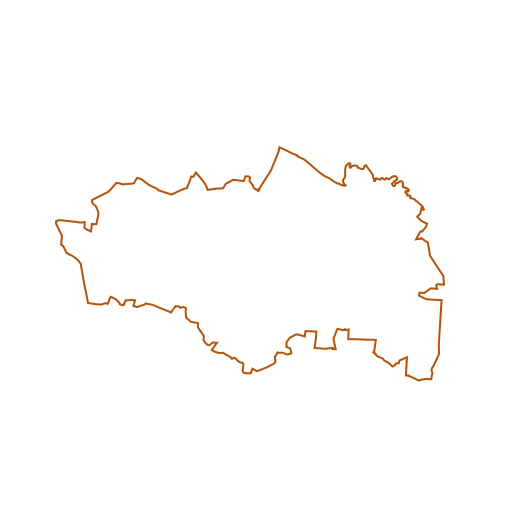 Lutriņu pag., Saldus, Latvia, rotated 195°
{"feature_id": "27541924B57809969281457", "entity_name": "Lutriņu pag.", "entity_type": "district", "adm_level": 2, "iso_a3": "LVA", "parent_name": "Latvia", "parent_adm1": "Saldus", "projection": "mercator", "projection_center": [22.327, 56.738], "detail": "fine", "context": "isolated", "style": "outline", "palette": "amber", "viewbox_px": 512, "rotation_deg": 195, "n_neighbors": 0, "source": "geoboundaries", "source_scale": "gbopen_adm2", "svg_char_len": 6070}
<svg xmlns="http://www.w3.org/2000/svg" viewBox="0 0 512 512"><g transform="rotate(195 256 256)"><path d="M80.3,179.4L77.3,180.0L77.3,179.7L72.0,178.9L66.4,177.8L63.0,180.1L62.1,180.3L59.7,181.4L59.2,181.6L56.8,181.8L54.8,182.4L55.3,185.8L55.2,186.2L55.2,187.3L55.2,188.5L55.4,189.0L56.5,190.1L57.1,191.9L57.0,192.6L56.9,193.1L56.9,194.0L56.4,194.8L56.0,196.2L54.8,203.1L53.9,208.7L56.5,217.8L62.0,244.8L64.1,255.2L64.1,255.3L65.3,261.4L78.2,258.7L80.3,258.4L82.4,258.7L88.2,259.9L88.6,262.9L83.7,263.9L78.8,270.0L72.5,271.2L73.9,273.2L74.2,274.8L73.8,275.5L73.6,275.6L67.0,277.0L69.3,283.4L69.7,285.0L88.0,301.3L93.3,313.3L101.0,316.0L101.1,315.6L101.4,315.3L104.0,314.3L105.7,313.5L103.6,322.1L102.0,322.5L99.6,327.6L99.3,328.5L99.3,330.7L99.5,331.2L99.3,331.6L105.6,332.7L110.5,335.8L108.3,339.1L108.5,345.1L106.5,343.8L105.8,344.3L107.9,346.9L108.8,347.5L111.9,348.9L114.1,350.1L118.5,352.0L122.2,352.0L122.6,354.1L125.6,353.6L125.9,354.9L125.9,355.4L126.2,355.3L126.9,355.4L127.7,355.8L128.3,356.3L128.2,357.0L127.9,357.5L127.6,357.7L126.6,357.8L125.6,358.2L125.3,358.9L125.3,359.1L125.4,359.4L126.6,360.0L128.0,360.3L129.7,360.4L131.8,360.7L132.3,361.0L132.4,361.3L132.4,362.8L133.3,365.0L134.1,365.7L134.5,365.9L134.8,365.9L136.2,365.5L137.8,363.6L138.7,362.9L139.2,362.9L139.2,362.7L139.8,362.6L140.1,362.4L140.3,362.1L139.9,361.2L140.0,360.6L140.2,359.7L141.0,359.2L141.5,359.2L142.0,359.5L143.1,360.5L143.3,360.8L143.4,361.2L141.7,364.1L140.4,365.5L139.6,366.2L139.4,366.6L139.8,367.6L141.4,369.0L141.8,369.2L142.5,369.1L143.6,368.7L144.9,367.8L145.8,366.7L147.1,364.8L147.8,364.4L148.4,364.5L150.0,365.1L150.3,365.0L150.5,364.8L151.0,363.8L151.1,363.4L151.4,363.1L151.9,363.0L152.7,363.2L153.6,363.9L154.3,364.0L154.9,363.7L155.3,363.4L155.4,363.0L155.4,362.7L155.6,362.1L156.0,361.9L156.6,361.8L157.6,362.0L159.0,362.0L159.7,362.3L160.0,362.3L160.4,362.0L160.5,361.6L160.5,360.8L160.2,359.6L160.3,359.3L160.6,359.1L161.1,359.0L161.4,359.2L162.0,360.9L163.1,362.1L163.4,362.5L163.7,363.6L164.1,364.7L167.8,367.7L170.0,369.3L171.2,370.4L172.4,371.0L172.6,371.8L172.9,372.0L173.6,372.1L174.3,371.5L174.6,370.5L174.6,369.6L174.6,368.9L174.8,368.1L175.1,367.7L175.6,367.5L176.7,367.4L180.6,367.7L180.9,368.5L181.6,369.2L182.6,369.2L184.5,368.8L185.9,368.3L186.7,367.4L187.1,366.3L187.5,365.6L188.0,365.6L188.5,365.9L188.8,366.4L188.9,367.5L188.7,368.1L188.6,369.2L188.6,369.6L189.4,369.8L190.5,369.6L191.6,367.7L192.3,366.6L192.5,366.1L192.3,362.8L191.1,358.1L190.7,356.9L190.4,355.5L190.5,354.8L191.6,351.9L191.2,350.6L190.6,349.2L187.7,347.5L188.2,346.9L190.6,346.7L192.3,346.5L193.0,346.9L195.1,347.5L196.0,347.0L200.8,348.4L201.9,348.9L203.1,349.2L205.5,350.1L210.3,350.9L216.3,353.1L233.1,361.2L234.8,361.8L240.7,362.9L242.5,363.5L242.4,363.9L247.2,364.4L255.9,366.1L261.4,367.0L261.5,364.5L261.1,364.0L262.0,355.5L263.7,342.7L264.3,340.3L268.0,329.1L269.1,325.6L269.9,322.7L270.4,319.3L270.9,319.4L270.4,321.6L272.2,320.1L272.6,320.1L275.7,321.1L277.4,323.5L281.5,326.5L282.1,328.8L281.9,329.6L282.1,330.3L283.5,331.0L286.8,330.2L287.2,325.2L297.8,323.7L301.1,320.5L303.6,318.2L303.8,318.0L305.3,313.0L308.6,311.7L311.2,311.1L313.1,310.1L314.6,309.6L319.8,307.3L321.1,309.3L322.8,311.4L324.4,313.0L325.8,314.2L327.6,315.5L335.6,321.0L335.9,320.4L336.9,316.3L338.8,316.2L339.3,315.9L339.3,312.1L340.4,304.1L340.2,303.9L343.7,301.6L347.7,298.5L353.3,293.5L367.5,294.2L368.3,295.1L378.1,297.0L386.6,300.6L391.1,300.6L392.8,294.6L394.9,293.7L403.3,290.7L407.3,290.8L407.7,290.6L409.7,290.6L413.9,282.1L415.3,279.7L428.8,267.7L428.8,266.4L427.1,264.4L423.5,262.5L420.6,258.9L419.7,257.6L419.2,256.2L419.0,255.3L418.7,252.8L418.8,250.9L418.4,245.4L420.9,244.8L422.8,244.6L421.7,237.0L426.8,237.9L427.7,238.3L427.8,238.2L429.1,239.0L430.1,244.3L434.9,242.7L438.0,242.5L455.0,239.8L458.1,237.9L457.7,236.5L457.6,235.6L451.6,228.6L451.4,228.5L448.6,225.3L447.7,219.7L447.2,217.3L447.4,216.7L444.9,215.7L443.2,213.9L439.9,210.1L437.0,209.2L434.1,208.8L430.2,207.5L426.3,205.5L423.3,203.1L415.3,185.8L413.4,182.0L412.1,179.2L411.5,178.5L409.4,173.9L406.0,167.0L404.4,167.3L398.1,168.0L393.2,169.0L388.9,171.6L387.0,171.3L386.6,172.4L386.4,175.5L386.0,178.3L386.0,178.9L380.7,178.1L376.7,176.1L375.0,174.3L375.0,174.2L371.9,173.9L371.1,174.7L371.4,174.8L370.4,179.5L368.3,179.9L366.6,180.6L366.1,181.0L365.2,181.1L364.0,181.6L363.7,181.5L362.5,181.6L362.3,181.9L361.3,181.8L361.4,181.1L361.4,176.0L360.6,175.9L357.8,175.8L350.9,180.4L350.5,181.5L343.3,182.1L334.3,180.8L329.3,180.3L324.8,179.7L323.6,179.3L320.7,186.8L320.3,186.7L319.0,186.9L317.4,187.4L317.0,187.3L316.1,186.4L315.8,186.4L315.0,186.7L313.4,187.9L310.5,187.7L310.2,187.5L310.0,187.2L310.0,186.9L309.6,184.1L307.5,178.4L302.0,175.6L295.1,176.1L294.7,176.0L294.3,175.6L293.8,172.7L293.6,172.0L285.8,165.4L285.6,164.9L285.3,162.6L285.0,161.3L282.1,158.7L279.1,157.5L278.5,157.6L277.7,158.2L275.1,161.4L274.8,161.5L271.9,161.8L271.3,162.0L274.4,153.7L270.8,152.8L265.9,152.8L263.0,154.0L253.2,151.3L253.3,150.8L252.6,150.5L250.4,152.2L244.5,149.2L243.5,149.0L241.8,149.5L241.1,149.1L240.3,148.4L240.0,147.7L239.8,146.7L239.5,143.2L239.4,142.2L238.5,140.8L237.7,139.9L235.6,140.3L235.5,140.1L233.5,140.6L232.9,140.9L230.6,141.3L230.4,146.2L225.4,145.0L222.2,147.1L216.7,151.3L210.9,156.6L209.8,158.9L210.7,161.2L210.8,161.1L211.6,163.6L210.1,168.5L209.2,168.3L207.2,169.0L205.0,169.6L201.1,168.8L199.7,169.2L196.6,171.1L199.1,175.6L203.1,176.1L204.2,180.7L202.4,185.2L201.5,186.6L199.4,188.3L198.2,189.6L197.4,190.2L195.9,190.9L195.9,191.0L188.1,190.9L188.1,191.0L188.7,196.3L178.1,198.6L176.6,190.6L175.7,182.3L165.2,184.3L158.1,187.1L157.9,186.0L154.9,186.6L159.8,196.1L159.3,199.5L159.3,199.8L158.6,206.6L158.4,206.8L152.9,206.8L151.1,208.3L150.6,207.5L147.5,209.0L145.4,199.6L133.8,202.4L131.9,202.9L130.0,203.2L121.0,205.5L118.5,205.9L118.0,201.6L117.7,199.2L117.2,194.6L117.8,193.3L115.3,192.6L115.4,192.0L112.7,190.6L106.4,189.5L105.4,188.4L101.3,187.3L99.5,186.7L95.6,184.6L93.7,186.3L93.1,188.3L90.4,189.4L90.4,192.2L84.0,197.2L80.3,179.4Z" fill="none" stroke="#b45309" stroke-width="2"/></g></svg>